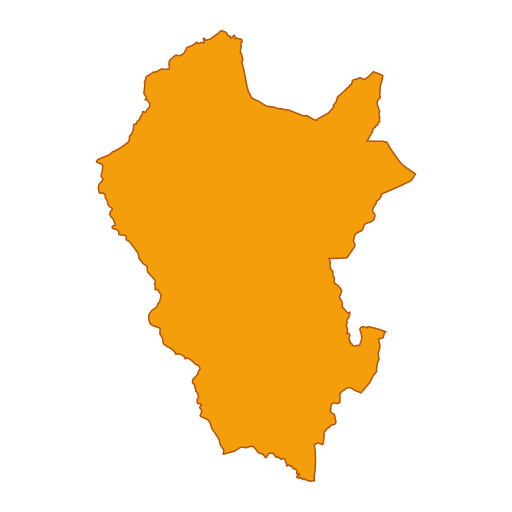 Dak To, Kon Tum, Vietnam (Albers equal-area conic projection)
{"feature_id": "81297802B52627388081803", "entity_name": "Dak To", "entity_type": "district", "adm_level": 2, "iso_a3": "VNM", "parent_name": "Vietnam", "parent_adm1": "Kon Tum", "projection": "albers", "projection_center": [107.823, 14.684], "detail": "fine", "context": "isolated", "style": "filled", "palette": "amber", "viewbox_px": 512, "rotation_deg": 0, "n_neighbors": 0, "source": "geoboundaries", "source_scale": "gbopen_adm2", "svg_char_len": 6026}
<svg xmlns="http://www.w3.org/2000/svg" viewBox="0 0 512 512"><path d="M411.1,180.7L415.5,174.0L404.5,166.4L400.0,162.2L389.9,147.9L387.0,142.3L383.1,141.3L367.1,141.1L372.6,131.4L373.1,128.6L375.3,127.2L376.2,125.4L377.8,124.9L377.9,123.0L379.6,121.6L379.7,121.1L379.5,119.2L379.7,116.9L378.9,114.4L379.6,111.0L378.7,109.5L378.4,107.5L377.4,105.2L377.1,102.0L378.4,99.4L380.2,98.0L379.7,93.8L380.5,85.3L382.5,78.7L382.8,75.7L382.1,75.1L374.1,72.0L373.5,71.7L373.0,72.1L369.7,75.6L365.3,79.0L363.5,79.2L360.0,77.6L357.1,79.0L353.6,79.7L352.3,80.8L351.7,83.8L350.9,84.8L349.7,85.2L348.8,87.2L347.5,87.8L344.0,91.3L337.5,97.0L336.2,101.8L333.2,105.4L333.8,106.6L333.6,107.3L328.1,113.2L318.1,118.6L316.2,120.4L313.3,119.4L307.5,115.9L305.8,115.6L304.4,116.0L303.2,115.8L288.3,109.9L283.4,109.4L280.9,108.6L277.8,108.6L274.5,107.2L266.4,106.1L258.9,101.4L252.4,98.4L251.1,97.0L250.2,94.3L248.6,92.3L246.7,85.1L244.2,71.4L241.7,61.7L242.9,60.0L241.6,54.4L240.4,52.0L240.2,50.7L241.3,46.6L240.7,43.3L242.2,41.8L241.5,39.3L240.5,39.3L236.5,38.0L235.3,38.7L234.8,35.7L234.2,35.3L233.5,35.7L231.9,38.0L230.8,38.1L230.3,37.6L230.3,36.5L229.8,35.9L228.5,36.2L227.8,35.8L227.2,33.9L226.5,32.9L224.8,31.8L222.6,31.0L221.1,30.7L220.4,31.1L218.7,33.0L212.9,37.0L210.3,39.2L208.5,39.5L206.1,40.5L204.3,38.4L203.6,38.2L203.3,39.0L204.2,41.8L203.9,42.8L201.0,42.5L198.2,43.6L197.3,43.4L196.9,42.2L192.4,45.4L186.9,47.6L184.3,52.7L182.5,54.4L179.0,55.9L176.4,55.1L174.9,55.7L172.5,58.0L170.4,59.4L169.4,60.8L168.9,63.9L169.5,67.9L169.2,69.0L164.6,69.3L161.5,68.9L156.5,71.7L152.9,72.3L151.4,73.6L146.2,76.7L145.4,80.0L144.4,82.4L144.8,84.5L143.9,93.3L146.3,97.5L145.9,99.2L145.2,99.7L147.2,100.1L150.0,103.7L149.3,107.2L147.9,108.7L145.5,112.3L142.8,111.6L142.1,114.5L140.2,117.4L139.4,119.7L136.9,121.7L136.6,123.7L135.1,123.9L133.9,124.5L132.9,131.2L131.1,134.7L129.5,136.2L129.2,140.2L128.9,141.3L127.8,142.5L120.3,148.0L119.1,148.3L118.2,149.5L116.2,149.8L114.5,151.4L112.7,151.6L110.7,153.7L108.8,155.0L98.0,159.4L96.5,161.0L96.7,162.1L101.5,164.1L102.8,165.5L102.0,172.6L100.9,175.9L102.6,178.4L102.9,180.1L99.5,183.6L98.5,185.8L98.4,188.0L99.1,192.2L99.7,193.1L103.4,193.1L105.3,194.9L105.2,197.5L107.3,200.7L107.7,203.4L108.6,205.7L109.6,206.7L111.5,207.7L112.1,208.4L112.1,209.8L110.6,211.3L109.7,214.2L110.8,216.6L113.1,218.9L115.2,224.2L115.0,225.2L113.0,225.9L112.2,226.6L112.3,228.1L113.6,228.9L116.2,229.3L117.8,230.2L118.6,231.5L118.9,234.3L120.1,234.9L124.7,235.3L125.7,235.9L126.3,237.3L126.2,239.3L126.6,240.2L128.8,241.1L129.7,241.9L138.2,253.4L139.1,258.7L143.0,263.5L147.2,266.3L147.2,270.0L147.8,272.2L154.4,279.5L155.3,281.0L155.4,281.6L154.6,284.0L155.2,286.1L155.1,289.5L156.0,289.8L157.9,289.5L158.5,291.1L161.2,295.0L159.5,302.2L157.7,304.0L157.2,306.2L154.7,308.6L152.6,309.8L151.2,311.1L149.0,314.5L148.7,317.8L149.4,321.8L150.1,323.5L152.1,325.3L160.1,328.2L159.9,334.0L162.4,338.0L163.3,343.4L164.0,344.5L166.5,345.8L167.0,346.6L169.0,347.3L172.3,349.5L174.5,351.7L175.6,354.1L180.2,354.1L183.1,355.7L184.4,356.9L185.0,357.8L185.1,358.8L187.2,358.1L189.6,359.1L193.0,361.6L194.7,363.7L198.5,365.7L199.9,367.7L200.1,368.9L198.8,370.6L197.6,374.2L195.7,376.8L193.2,378.9L192.4,381.4L192.7,383.1L194.7,385.1L195.9,391.3L197.1,392.4L198.7,396.9L197.1,399.6L197.3,403.0L198.3,403.6L200.3,403.9L201.5,405.0L200.1,406.5L199.8,407.7L201.8,410.6L201.3,412.7L200.2,415.5L200.9,416.5L207.6,419.6L209.7,422.0L212.0,429.0L214.6,432.4L219.5,440.2L219.7,442.8L220.8,445.9L221.9,447.0L223.6,449.8L223.8,451.8L223.1,453.9L223.4,454.2L234.4,451.2L240.3,447.4L242.7,447.0L245.1,447.7L247.7,447.5L249.8,446.4L251.5,446.2L253.0,446.4L254.3,447.5L258.3,452.7L262.9,454.2L265.6,457.6L266.5,457.4L267.0,456.0L269.3,453.1L272.2,453.4L273.3,453.0L273.8,453.3L274.0,454.6L276.0,457.2L276.8,457.4L278.0,456.5L278.7,457.6L279.6,457.9L281.2,459.4L283.1,458.6L284.7,458.9L285.2,459.4L285.3,461.2L286.6,463.9L286.6,465.9L287.1,465.9L288.4,464.8L289.0,464.9L290.0,466.3L291.6,466.0L292.3,467.5L294.3,469.2L295.8,469.3L296.8,470.2L297.1,471.5L296.6,472.8L297.0,474.0L297.6,474.3L299.0,473.5L299.4,473.8L299.0,474.7L296.8,476.5L296.8,477.1L297.9,478.0L299.1,478.2L300.1,477.2L301.2,478.4L302.0,478.5L302.6,479.5L304.3,478.7L305.6,479.9L306.7,479.9L308.2,480.9L309.1,480.6L310.6,481.3L312.5,480.8L314.4,480.9L314.3,475.7L315.0,470.7L315.6,459.6L315.1,449.7L314.3,444.9L317.1,443.1L318.0,442.9L322.3,444.6L322.8,444.4L323.5,442.5L323.5,440.4L324.2,436.7L323.9,433.2L324.6,431.1L325.9,430.5L327.0,428.6L328.9,427.6L331.4,425.0L334.7,424.4L335.8,422.7L335.9,421.5L334.4,414.4L331.5,412.8L330.0,410.8L330.8,409.7L330.7,407.2L331.5,404.3L333.0,402.8L337.6,403.7L339.9,402.4L339.9,394.8L340.4,393.2L341.5,391.8L347.0,388.0L348.2,387.6L350.1,387.7L353.0,389.0L354.5,390.3L361.1,392.8L369.7,382.6L372.9,376.1L376.7,371.4L376.5,369.2L377.3,363.4L379.1,359.1L378.3,355.9L378.4,352.5L379.9,347.4L379.8,345.0L378.5,339.2L382.2,338.1L383.2,337.5L384.6,332.5L385.7,331.7L378.1,329.0L368.4,326.6L367.7,326.8L367.6,327.5L366.9,327.8L364.4,326.8L362.2,326.8L360.7,327.6L359.8,329.3L361.1,333.3L361.8,337.4L361.5,339.8L359.6,345.2L359.2,345.5L357.0,345.3L355.2,346.1L353.9,346.2L352.9,345.7L351.2,343.3L350.1,342.9L350.1,341.3L348.9,339.2L349.9,334.9L348.9,333.4L346.7,333.5L347.4,331.9L347.6,329.8L347.1,327.7L345.9,325.4L346.9,323.7L347.1,322.6L346.8,320.3L348.8,317.5L350.0,312.7L349.7,312.2L348.4,312.7L347.3,312.6L342.3,306.9L342.4,303.4L341.3,300.3L339.6,298.0L339.3,296.5L340.7,294.4L340.6,293.7L341.6,291.3L341.5,290.2L339.8,287.5L337.7,285.2L335.4,283.9L334.0,282.0L334.5,278.5L332.9,275.1L332.7,273.3L333.1,271.9L330.7,269.0L330.0,265.2L330.3,261.7L328.9,258.3L331.8,258.6L347.0,257.8L354.8,246.3L354.9,244.7L353.6,241.8L353.5,241.0L354.4,236.0L355.1,234.4L357.3,232.7L362.0,230.6L362.7,229.6L364.2,225.0L365.2,223.8L370.3,222.1L372.8,220.5L374.3,218.9L374.9,216.3L374.8,214.2L372.8,212.0L372.5,210.1L373.4,207.7L376.1,203.6L376.5,201.2L379.4,199.1L380.9,196.7L381.5,194.1L400.0,186.0L411.1,180.7Z" fill="#f59e0b" stroke="#b45309" stroke-width="1.5"/></svg>